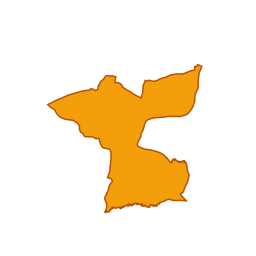 Kamchay Mear, Prey Vêng, Cambodia (Robinson projection), rotated 114°
{"feature_id": "14789045B61124482761817", "entity_name": "Kamchay Mear", "entity_type": "district", "adm_level": 2, "iso_a3": "KHM", "parent_name": "Cambodia", "parent_adm1": "Prey Vêng", "projection": "robinson", "projection_center": [105.67, 11.575], "detail": "fine", "context": "isolated", "style": "filled", "palette": "amber", "viewbox_px": 256, "rotation_deg": 114, "n_neighbors": 0, "source": "geoboundaries", "source_scale": "gbopen_adm2", "svg_char_len": 5811}
<svg xmlns="http://www.w3.org/2000/svg" viewBox="0 0 256 256"><g transform="rotate(114 128 128)"><path d="M213.9,114.1L213.6,114.2L213.4,113.7L213.5,113.4L213.2,112.8L212.7,113.2L212.4,112.4L212.6,112.0L212.4,111.8L212.4,111.5L212.1,111.5L211.8,111.1L211.0,110.9L210.6,111.3L210.2,111.2L210.0,110.7L209.9,110.5L209.6,110.8L209.4,110.7L209.1,110.7L208.8,110.9L208.5,110.5L208.5,110.1L208.2,109.7L208.1,110.3L207.6,110.0L207.3,110.3L206.9,110.1L206.8,109.8L207.3,109.5L206.6,108.4L206.3,108.5L206.1,108.4L206.0,108.1L206.4,107.9L206.1,106.7L206.1,106.0L205.5,105.7L205.2,105.4L204.7,105.3L204.4,105.1L204.2,104.9L204.1,104.5L203.9,104.3L203.8,103.7L203.9,103.2L204.0,103.0L204.3,103.4L204.5,103.3L204.6,102.1L204.3,102.2L204.0,101.9L204.1,101.6L203.8,101.3L203.5,101.4L203.2,101.8L202.6,102.0L202.3,101.4L202.7,101.4L202.7,100.7L201.8,100.7L201.7,100.3L202.0,100.1L202.0,99.7L201.5,99.7L201.1,99.6L200.6,99.3L200.5,98.8L199.4,98.5L198.7,97.3L199.2,97.0L199.5,96.2L199.1,96.1L198.4,96.4L198.4,96.0L198.3,95.6L197.7,95.2L197.4,95.4L197.0,95.8L196.8,94.7L197.0,94.3L197.4,94.7L197.8,93.7L197.7,93.4L197.4,93.5L197.0,93.5L197.2,93.1L196.7,92.6L196.4,92.6L196.4,93.0L196.2,93.3L195.9,93.1L195.3,92.1L195.7,91.7L195.4,91.4L195.0,91.2L194.9,91.6L194.6,91.7L194.5,91.3L194.0,90.5L193.5,90.2L193.5,89.8L194.0,89.5L193.9,89.2L194.3,88.9L194.1,88.3L193.7,88.1L193.4,88.4L193.0,88.6L192.7,88.2L193.2,88.0L193.2,87.6L192.9,87.5L193.3,86.5L193.2,85.9L192.6,85.0L191.8,84.8L191.7,84.4L192.0,84.4L192.3,84.1L192.5,83.5L193.4,84.1L193.5,83.9L192.9,83.2L192.9,82.9L193.0,82.7L193.3,82.5L193.0,82.1L192.4,82.0L192.1,81.8L192.4,81.2L192.4,80.8L191.7,80.6L192.0,80.1L192.1,79.8L192.1,79.4L192.5,79.0L192.4,78.6L192.1,78.3L192.1,77.9L191.9,77.5L192.0,76.8L191.7,76.5L191.3,76.6L191.2,76.1L190.7,76.1L190.1,76.5L188.8,75.9L189.2,75.4L188.6,74.5L188.3,74.3L188.5,74.0L188.8,73.9L189.0,73.6L189.0,72.8L188.3,73.0L188.0,72.8L188.3,72.6L187.5,71.4L187.8,71.1L188.1,71.1L187.9,70.4L187.2,70.6L187.0,69.9L186.6,70.1L186.3,70.0L186.2,69.7L185.5,70.0L185.1,70.0L184.8,69.5L184.7,68.7L184.4,68.4L184.3,68.7L183.5,68.8L183.0,68.5L182.5,67.8L179.9,65.1L177.1,62.6L176.4,61.6L175.8,57.4L174.6,54.3L173.0,51.2L170.8,45.2L170.4,46.4L168.1,51.6L167.2,53.0L166.8,53.2L165.8,52.7L164.8,51.8L163.7,51.4L159.5,51.9L155.2,51.7L152.4,51.8L147.0,52.8L145.6,53.3L144.6,54.5L143.5,55.8L141.8,57.0L137.7,59.4L136.8,60.2L136.4,61.2L135.9,61.4L135.6,61.7L135.9,62.3L136.5,62.6L136.1,62.8L135.7,62.6L135.6,63.0L135.2,62.9L134.9,63.2L135.1,63.6L135.5,63.5L135.8,64.1L135.9,64.6L136.3,64.9L136.5,65.3L136.8,65.1L137.1,65.5L137.5,65.9L138.0,65.7L138.2,66.0L138.1,66.3L137.8,66.9L138.0,67.3L137.8,67.4L137.8,68.0L138.1,68.0L138.4,67.7L138.5,68.1L138.0,68.4L138.2,68.8L138.0,70.3L137.8,70.5L138.3,70.8L138.2,71.4L137.9,71.7L138.0,72.1L137.1,72.3L137.1,72.7L137.7,73.5L138.1,73.6L138.7,73.4L138.8,74.3L139.1,74.5L139.8,74.6L140.3,74.4L140.8,74.0L141.2,74.2L141.3,74.7L141.7,74.9L142.2,74.6L141.9,75.9L140.1,79.1L139.4,80.6L138.3,83.8L137.7,87.1L137.7,90.3L138.0,93.4L139.0,99.3L139.9,101.9L140.5,104.2L140.6,106.2L140.7,109.8L140.6,110.9L140.3,111.8L139.6,112.7L137.7,113.1L133.3,113.0L131.7,112.8L127.4,113.7L124.5,113.5L122.8,113.5L118.3,114.2L115.0,114.4L113.4,113.9L112.3,113.1L110.9,111.8L108.3,108.5L107.0,106.5L105.9,104.0L102.8,98.7L102.0,97.5L100.5,94.9L98.9,91.3L96.4,85.1L95.7,84.5L93.8,82.0L92.7,80.8L91.3,79.7L90.4,79.1L89.3,78.7L88.0,78.3L86.6,78.0L83.4,77.5L81.9,77.4L80.1,77.7L77.5,77.8L76.3,78.0L72.6,79.5L70.0,80.2L68.6,80.3L66.2,80.2L64.3,80.3L63.4,80.1L61.5,80.6L56.9,82.9L49.6,85.2L46.5,85.6L44.5,85.3L42.4,85.5L41.6,85.8L41.7,86.6L41.7,89.0L41.8,90.0L42.3,90.2L43.0,90.1L43.6,90.3L44.2,91.5L44.7,92.0L45.7,91.8L46.8,91.1L47.8,90.7L48.4,90.9L48.8,91.5L49.3,92.8L51.1,94.8L55.8,99.3L57.1,101.4L58.2,104.2L59.0,105.7L61.0,108.9L61.7,109.6L62.4,110.8L64.8,113.0L66.4,114.3L67.3,115.6L70.3,118.9L71.8,120.0L73.2,121.3L74.7,123.2L75.3,124.8L75.7,127.9L76.1,128.7L77.2,129.2L77.5,130.4L77.5,131.6L78.1,131.5L83.4,131.4L84.7,130.8L89.1,129.2L91.5,128.7L95.0,128.2L95.3,128.3L95.1,130.1L95.1,132.6L94.8,137.3L94.2,139.1L93.8,142.2L93.8,144.5L93.2,147.1L92.8,149.8L92.6,150.3L91.5,150.7L90.8,152.1L90.6,154.0L90.5,155.8L91.4,157.1L91.8,158.5L91.1,159.0L90.2,158.8L89.9,159.1L88.1,159.6L86.3,159.8L86.1,160.2L86.6,161.9L86.7,163.7L87.3,164.4L87.9,165.8L88.0,167.0L88.8,168.7L89.7,169.5L90.4,169.8L91.5,169.8L92.2,169.9L93.8,170.5L95.0,171.1L97.2,171.9L99.1,172.1L100.7,172.0L101.6,172.2L104.8,171.4L105.7,171.7L107.1,173.1L106.7,175.3L107.1,177.8L108.0,178.1L108.8,178.6L109.6,179.5L112.1,183.8L114.2,186.4L118.4,191.3L122.3,196.0L125.0,198.3L133.1,205.9L136.5,208.4L137.6,209.5L139.3,210.8L139.7,209.8L140.2,207.8L140.6,206.6L140.9,205.3L140.9,203.4L141.1,202.9L141.5,202.2L143.6,199.3L144.0,198.5L144.9,196.8L145.6,194.5L145.7,192.4L145.5,188.7L144.9,186.6L143.7,182.5L143.2,180.5L143.3,180.0L143.9,178.4L143.9,176.7L144.2,175.9L145.2,174.2L146.3,172.9L146.9,172.6L148.2,172.3L148.6,172.0L150.0,170.7L150.8,170.1L151.0,169.4L151.1,168.8L150.9,168.4L151.2,167.4L151.6,166.6L152.4,165.8L153.0,165.1L153.3,164.4L153.4,163.9L153.2,163.4L152.1,160.4L151.0,158.0L150.6,156.6L150.7,154.0L150.9,152.8L150.5,152.2L149.7,151.4L149.5,150.6L149.8,149.9L150.5,149.3L151.4,148.8L152.3,148.0L154.3,146.0L155.2,145.0L155.8,143.7L156.1,142.5L156.1,141.4L155.4,138.9L155.0,136.5L155.1,135.8L155.4,135.4L155.9,135.0L156.5,134.2L157.3,133.6L162.5,131.2L164.8,130.4L166.8,129.8L173.3,127.6L175.1,127.1L177.1,126.8L180.2,126.7L181.2,126.6L181.8,126.4L181.3,124.6L181.3,123.5L181.8,122.1L182.9,120.6L183.3,120.6L184.4,120.8L187.1,121.6L190.0,121.4L193.4,120.5L195.0,120.9L196.4,120.9L198.0,120.8L199.7,120.9L201.2,120.8L202.2,120.4L206.0,116.7L207.6,115.7L209.2,115.2L211.0,114.9L214.3,114.9L214.4,114.3L213.9,114.1Z" fill="#f59e0b" stroke="#b45309" stroke-width="1.5"/></g></svg>